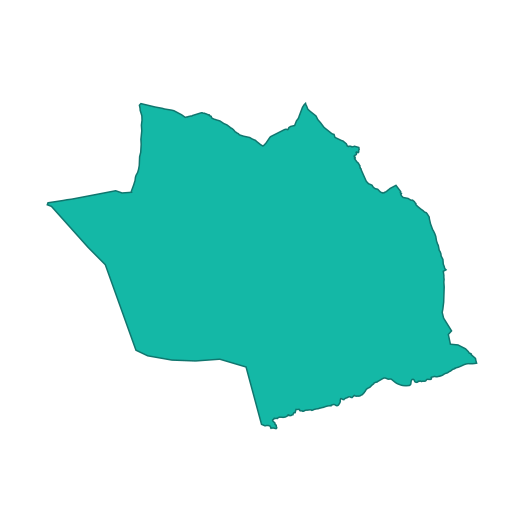 Rømskog nor, Østfold, Norway, rotated 78°
{"feature_id": "86288312B9110433923998", "entity_name": "Rømskog nor", "entity_type": "district", "adm_level": 2, "iso_a3": "NOR", "parent_name": "Norway", "parent_adm1": "Østfold", "projection": "mercator", "projection_center": [11.789, 59.707], "detail": "fine", "context": "isolated", "style": "filled", "palette": "teal", "viewbox_px": 512, "rotation_deg": 78, "n_neighbors": 0, "source": "geoboundaries", "source_scale": "gbopen_adm2", "svg_char_len": 6076}
<svg xmlns="http://www.w3.org/2000/svg" viewBox="0 0 512 512"><g transform="rotate(78 256 256)"><path d="M406.7,62.5L403.7,62.7L402.0,62.6L401.4,62.9L397.6,65.8L396.9,66.1L396.7,65.8L396.3,66.0L395.7,66.8L395.5,67.5L393.7,68.2L390.4,70.3L385.0,76.9L382.7,84.2L372.7,84.2L369.9,80.3L355.8,85.4L349.9,85.6L346.8,84.3L340.1,82.0L325.5,78.4L320.6,77.7L318.0,76.9L315.9,76.7L314.2,76.3L309.9,76.0L309.0,73.0L307.5,74.0L305.2,74.1L303.0,74.5L298.2,73.9L294.5,74.9L292.3,74.7L290.1,75.0L288.5,75.6L283.4,75.5L282.2,75.9L278.9,76.3L274.2,76.1L271.3,76.5L268.4,77.2L267.1,77.7L260.9,78.6L255.7,78.7L253.9,78.5L250.3,79.8L249.0,80.5L248.1,82.0L246.3,83.2L244.4,85.0L241.0,87.7L238.9,89.0L237.9,88.7L237.0,89.4L235.6,89.8L235.0,90.6L234.4,90.8L233.8,91.5L233.8,92.3L233.5,93.0L231.3,95.3L229.3,100.0L227.2,101.3L226.7,101.3L225.8,101.6L225.3,100.9L225.0,100.7L224.3,101.6L224.0,101.7L223.1,101.1L216.0,104.4L217.8,110.8L218.7,112.4L219.0,113.2L219.5,114.0L220.4,116.0L220.5,116.7L220.4,117.1L220.9,117.7L220.7,118.1L220.8,118.9L220.3,119.3L220.0,120.2L219.0,121.2L216.0,123.1L214.9,125.4L214.0,126.3L212.3,127.4L211.3,127.6L210.8,127.9L209.7,129.4L208.7,130.9L206.0,132.5L205.0,132.8L193.6,135.2L192.7,135.1L191.7,135.8L191.0,135.6L190.3,135.9L189.2,135.6L188.5,136.0L186.4,136.6L185.0,137.7L181.2,139.4L180.8,139.3L181.1,139.0L180.8,138.5L179.6,138.7L179.0,139.2L178.7,138.9L178.5,139.0L178.1,138.4L178.0,137.8L177.9,137.6L177.6,136.8L176.5,136.3L175.4,136.5L175.2,136.2L175.2,135.8L175.6,135.4L176.1,134.6L175.7,134.2L175.6,133.9L174.0,133.6L173.1,132.9L172.2,133.0L171.4,132.8L171.2,132.9L169.1,136.9L169.3,137.4L169.2,138.4L169.3,139.0L169.2,139.5L168.3,140.5L168.3,141.2L168.1,141.5L167.9,142.2L168.2,142.7L168.1,142.9L167.6,143.6L167.5,143.8L165.1,144.3L161.6,147.0L160.9,148.3L156.4,154.1L153.3,154.4L152.5,155.9L151.7,156.7L144.4,162.7L139.0,165.2L135.4,167.2L131.5,168.2L125.7,173.0L123.2,174.8L120.0,175.3L118.3,175.8L117.0,175.8L118.0,177.4L120.2,179.6L128.0,184.6L129.2,185.3L130.3,186.1L132.2,188.3L136.4,191.1L136.5,195.2L137.2,197.1L138.9,198.4L139.0,198.9L138.4,199.8L138.2,200.8L138.3,201.9L142.2,216.6L142.7,217.6L147.7,222.8L149.6,225.6L149.8,226.5L147.8,228.6L147.0,229.2L144.0,231.7L142.7,232.5L142.4,233.1L140.5,235.7L138.8,237.5L136.2,243.3L134.0,247.1L132.7,247.8L131.7,249.1L130.9,249.7L130.3,250.5L127.8,251.8L126.3,253.0L125.7,253.6L125.4,254.3L124.7,254.6L121.7,257.2L119.8,259.9L116.4,263.2L115.4,265.0L114.7,266.4L114.2,267.1L113.5,268.5L112.9,269.3L111.6,270.7L110.1,270.8L109.7,271.4L109.5,271.9L109.0,272.1L108.8,272.4L108.6,272.2L108.3,272.3L108.3,272.7L107.9,273.2L107.5,274.1L106.9,274.7L106.1,276.2L105.7,276.5L105.7,276.9L105.2,278.3L104.8,278.7L104.6,279.3L104.6,280.4L105.4,289.0L105.8,289.8L105.5,291.2L105.6,291.7L105.5,292.6L105.6,293.2L105.6,293.7L105.8,294.2L105.6,294.6L105.7,296.4L102.4,299.4L96.8,306.1L95.8,308.2L93.2,314.9L92.1,316.9L89.2,323.9L83.0,336.9L84.3,338.7L87.5,338.7L89.5,339.0L95.1,338.5L96.9,338.8L99.6,339.3L104.2,340.9L109.8,341.7L117.9,344.3L122.9,345.1L130.6,347.2L134.7,349.2L143.3,351.4L146.9,352.9L149.7,354.4L152.1,356.5L153.8,357.5L157.0,358.6L161.1,360.9L166.8,364.5L167.8,364.5L166.5,374.0L166.0,374.7L163.0,379.7L162.1,424.5L161.7,429.0L161.6,433.2L160.7,448.4L162.5,449.5L164.9,445.8L212.7,418.4L233.2,405.2L323.2,393.0L331.1,382.7L340.3,359.9L346.1,336.9L349.4,312.9L362.5,288.8L421.8,285.6L424.0,282.5L424.0,280.6L424.5,278.9L425.1,277.9L425.5,277.5L426.6,277.3L427.2,277.4L427.7,277.1L427.4,276.4L427.5,276.1L427.8,275.5L427.9,274.6L428.9,272.7L429.0,272.0L428.4,271.4L426.8,271.6L425.7,271.4L424.7,272.4L423.6,272.2L423.1,272.3L421.1,273.8L420.0,273.9L419.7,273.7L419.6,273.2L419.0,272.0L418.6,272.1L418.5,271.9L419.0,270.7L419.0,269.8L419.4,269.0L418.7,267.7L418.5,266.6L418.8,265.5L418.8,265.2L419.5,263.0L419.6,260.9L419.2,259.2L418.8,258.3L418.1,257.7L418.1,257.2L418.3,256.9L419.0,256.8L419.1,256.1L419.3,255.6L419.3,254.7L418.9,253.8L419.0,252.9L418.4,252.6L417.2,251.5L417.1,251.0L417.4,250.5L417.4,250.3L414.4,248.8L414.9,246.6L414.8,245.8L415.4,245.3L416.3,245.3L416.8,244.4L417.0,243.2L417.3,242.8L417.6,242.6L417.7,241.8L417.6,241.1L417.3,240.7L417.2,239.1L417.5,237.4L417.6,235.5L418.0,234.1L418.6,233.5L418.5,232.2L418.2,231.6L418.1,228.9L418.3,226.9L418.2,226.0L418.0,225.4L418.1,225.0L418.1,224.0L418.0,223.0L418.1,221.9L417.7,219.0L417.6,216.7L417.8,215.1L418.1,213.8L417.7,213.7L417.5,213.3L417.6,213.0L417.3,211.2L417.5,210.6L417.7,210.0L418.9,208.7L419.2,208.2L419.3,207.6L419.2,207.0L419.0,206.5L418.3,205.7L416.9,204.4L415.6,203.7L415.1,203.8L413.2,202.9L413.1,202.5L413.3,202.1L414.4,200.9L414.7,200.2L414.8,199.9L414.2,199.3L413.8,198.1L413.6,196.9L413.6,196.5L413.0,194.5L413.3,193.2L414.0,192.6L414.4,191.6L414.4,191.3L413.7,190.4L413.3,189.5L412.9,189.2L412.8,188.8L413.5,188.1L414.0,186.9L414.1,186.4L414.1,185.9L414.5,184.3L414.4,183.7L414.4,183.1L413.9,181.9L413.7,180.7L412.4,179.1L412.2,178.5L411.5,178.0L410.9,177.2L409.3,175.8L408.5,173.8L408.1,172.0L407.3,170.7L406.6,169.8L405.5,167.5L404.8,166.9L404.4,165.2L404.5,163.8L404.2,163.5L402.1,157.0L402.0,156.2L402.1,155.4L402.4,154.6L403.6,152.9L404.0,152.3L404.2,150.4L404.4,149.7L404.8,149.1L408.3,146.3L409.6,145.1L410.7,143.7L412.6,140.7L413.3,139.1L413.8,137.4L414.2,135.7L414.5,133.2L414.5,132.6L413.9,131.6L413.4,131.2L411.0,130.4L410.1,129.9L409.5,129.3L409.2,128.9L409.2,128.4L409.3,127.9L409.9,127.2L411.8,126.8L412.3,126.5L412.9,125.5L413.0,125.0L412.9,123.9L412.2,123.3L412.5,122.4L412.4,121.5L412.8,120.8L413.2,120.3L413.1,119.0L413.5,117.4L413.5,116.1L412.4,114.8L412.2,114.3L412.5,113.0L412.7,112.5L413.0,110.7L412.8,110.2L412.5,109.9L411.2,109.9L411.0,109.1L411.0,108.5L411.1,108.2L410.9,107.2L411.0,106.7L410.9,106.3L411.4,105.4L411.7,104.4L411.8,103.4L411.7,101.9L411.6,101.6L411.9,101.2L411.5,100.4L411.7,100.1L411.3,98.0L410.9,97.3L410.3,95.5L410.1,93.0L409.1,90.6L409.1,90.1L408.7,89.0L407.7,87.0L407.7,85.9L407.5,85.1L407.4,84.7L407.1,84.7L406.8,80.9L406.3,78.3L405.6,75.3L405.4,73.9L405.3,72.4L405.4,71.0L406.4,66.5L406.6,64.5L406.7,62.5Z" fill="#14b8a6" stroke="#0f766e" stroke-width="1.5"/></g></svg>